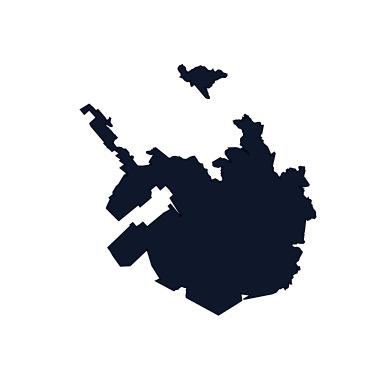 the district of San Juan Guichicovi, Oaxaca, Mexico, rotated 320°
{"feature_id": "50627088B47369730342586", "entity_name": "San Juan Guichicovi", "entity_type": "district", "adm_level": 2, "iso_a3": "MEX", "parent_name": "Mexico", "parent_adm1": "Oaxaca", "projection": "robinson", "projection_center": [-95.052, 17.105], "detail": "fine", "context": "isolated", "style": "filled", "palette": "ink", "viewbox_px": 384, "rotation_deg": 320, "n_neighbors": 0, "source": "geoboundaries", "source_scale": "gbopen_adm2", "svg_char_len": 6107}
<svg xmlns="http://www.w3.org/2000/svg" viewBox="0 0 384 384"><g transform="rotate(320 192 192)"><path d="M162.5,307.2L188.0,321.3L192.0,322.6L196.8,321.8L197.8,322.8L200.6,323.4L201.2,324.3L200.8,326.5L202.1,326.1L203.3,326.7L204.6,326.6L207.5,324.0L208.3,323.9L208.6,325.9L209.1,326.3L209.9,324.5L210.8,323.9L211.5,322.4L214.3,322.3L215.4,320.1L218.2,320.5L220.4,321.3L221.9,320.3L222.4,318.4L222.8,318.4L223.5,320.1L224.7,320.7L226.0,318.4L224.9,317.5L225.0,313.7L227.0,312.3L229.3,312.7L232.4,310.9L237.6,308.9L237.9,307.5L237.5,306.3L238.0,304.8L237.9,303.7L236.2,301.5L234.9,300.9L233.7,298.6L234.0,296.5L234.9,296.4L235.2,295.7L238.6,298.6L240.4,298.4L241.4,300.1L244.2,302.6L245.9,302.6L246.4,300.0L250.6,296.2L250.4,295.2L249.1,294.2L252.0,294.8L261.5,285.8L262.6,286.4L262.4,287.8L263.1,287.9L263.5,288.4L264.5,288.1L265.5,288.8L266.0,288.3L267.2,288.6L268.9,290.9L270.9,290.5L271.9,288.5L273.1,287.4L273.2,286.5L273.9,285.9L273.5,284.8L273.8,284.1L273.3,283.0L274.0,282.3L274.4,280.5L274.0,279.8L275.2,279.5L275.4,278.6L274.9,278.4L275.5,276.7L277.6,275.3L277.6,273.9L276.5,272.9L277.2,271.2L276.2,271.4L275.3,270.4L275.1,266.8L275.1,265.0L276.4,264.4L276.5,263.6L278.6,263.0L278.7,262.5L278.6,261.8L277.3,260.9L278.0,259.8L278.8,260.2L277.5,257.9L277.8,257.5L278.3,257.7L284.5,261.8L285.6,262.0L286.3,261.5L287.2,253.6L286.1,254.2L285.8,252.6L292.3,248.1L292.2,246.9L293.6,246.0L294.0,245.1L291.4,242.6L291.3,242.1L290.1,241.7L289.6,242.2L289.3,243.7L288.5,244.8L286.0,244.5L285.2,243.0L285.6,241.0L282.5,236.9L280.2,237.1L279.8,236.0L278.6,235.9L277.4,237.5L275.8,237.9L275.3,237.9L274.6,235.9L272.9,235.7L268.4,238.2L268.8,237.1L268.1,237.0L268.0,235.6L268.6,232.1L267.4,229.1L267.8,227.7L269.8,225.7L269.8,223.9L280.3,215.8L280.4,214.6L276.0,214.3L278.6,206.1L277.7,200.6L278.3,198.9L279.2,198.5L279.5,199.0L278.6,195.6L280.1,194.9L279.4,193.1L281.7,191.8L283.0,191.8L289.2,186.8L287.3,185.4L288.6,182.8L288.0,181.8L284.3,179.8L283.5,178.7L283.2,175.7L283.8,173.5L283.2,172.1L283.7,169.9L282.7,168.2L282.6,166.9L282.3,166.7L281.3,167.0L280.9,168.4L281.2,169.4L282.1,170.4L281.6,170.7L280.1,169.7L279.0,167.6L276.8,169.4L276.3,168.8L275.4,169.6L275.0,169.4L274.8,167.9L274.0,166.9L273.2,166.7L271.9,165.3L269.4,164.4L269.4,165.5L268.7,165.9L268.5,167.0L269.2,168.7L269.2,173.0L270.6,174.7L270.8,176.7L269.8,178.2L269.3,180.3L267.7,182.2L263.8,182.5L261.9,184.6L261.7,185.5L259.7,186.7L259.5,187.2L260.3,188.4L260.3,189.2L259.3,192.3L259.7,195.5L260.1,195.7L260.5,197.0L260.1,199.3L259.2,199.5L258.2,190.7L256.0,190.3L255.8,188.9L254.1,186.5L248.2,181.9L247.7,183.2L245.0,182.1L243.2,182.7L243.5,183.6L242.1,184.2L241.3,194.9L237.9,187.1L236.1,186.1L235.8,184.2L226.9,182.7L226.5,183.9L225.4,184.8L225.5,186.6L228.1,189.9L231.3,191.1L230.7,192.1L231.2,192.9L230.2,192.9L230.6,194.0L229.8,194.7L229.5,194.8L229.4,194.1L229.0,193.9L228.1,194.3L228.0,195.3L227.3,196.0L227.9,197.6L226.3,196.9L226.2,198.0L225.2,198.3L225.2,199.9L224.5,200.9L224.4,202.0L222.1,203.3L219.8,201.9L219.2,200.9L219.2,199.5L218.1,196.9L215.9,196.5L215.4,195.9L213.8,195.7L215.7,192.1L215.3,189.5L215.6,187.6L216.6,185.6L217.7,184.7L217.6,184.0L216.5,183.2L216.0,180.5L217.4,178.3L217.7,177.2L216.3,175.8L215.7,173.0L216.4,170.2L216.7,166.2L213.7,164.6L208.4,163.6L206.3,161.5L205.6,160.0L205.7,159.1L204.9,158.3L204.9,157.2L203.6,156.3L202.0,154.2L199.9,152.7L195.9,152.0L192.4,134.8L191.8,134.9L190.9,134.0L190.4,134.0L189.8,135.2L188.2,134.0L186.2,134.3L184.4,132.7L183.1,132.2L182.5,132.8L184.1,136.3L187.3,138.3L187.3,138.7L178.9,141.5L178.5,141.9L179.0,144.4L175.7,143.8L170.4,140.4L166.8,137.2L167.0,129.2L166.7,129.0L169.4,127.5L169.6,127.0L169.0,125.8L168.3,126.1L167.9,125.7L167.1,125.8L167.4,123.0L168.7,121.3L168.6,116.6L167.1,115.4L166.5,114.2L166.3,112.8L164.5,110.6L162.5,109.8L162.9,103.6L166.2,101.8L168.9,102.3L169.6,102.0L169.3,100.4L169.5,98.8L169.0,98.5L169.1,92.5L168.7,91.0L168.9,89.6L168.3,87.4L168.5,85.1L169.1,84.5L169.9,84.6L170.7,85.8L171.5,88.7L172.7,90.2L173.4,89.9L173.6,86.4L174.8,84.8L176.9,83.3L176.5,82.3L175.3,83.3L172.3,82.5L172.9,79.6L172.8,68.5L170.4,68.3L170.3,64.5L169.5,58.8L159.6,57.3L159.6,63.1L166.2,62.9L166.6,73.6L157.9,73.9L157.1,76.6L157.2,98.0L155.9,98.2L156.4,103.6L156.0,103.6L156.7,106.3L156.9,109.4L159.7,109.6L161.5,115.9L157.3,115.6L159.0,121.9L156.9,121.8L158.6,128.0L152.6,127.5L154.3,136.2L152.9,136.0L153.5,139.2L151.0,135.7L140.8,139.2L137.6,139.3L131.4,141.4L130.4,143.4L125.0,143.3L124.9,145.2L117.5,148.6L116.1,149.6L117.6,166.7L142.9,167.0L142.8,169.9L157.1,169.8L157.2,168.7L160.5,165.8L161.0,163.5L169.3,163.5L169.3,169.8L176.3,169.6L176.8,178.0L176.4,178.0L176.4,182.5L171.5,182.7L168.6,203.4L167.3,203.2L167.5,187.7L164.9,187.7L164.8,191.8L156.9,190.2L135.1,190.1L134.8,183.7L130.6,183.7L126.7,183.1L126.8,177.6L123.5,177.5L123.3,178.6L91.9,180.7L91.8,184.1L90.7,190.3L89.7,202.7L97.3,208.5L120.8,207.1L114.1,222.8L112.0,238.2L107.2,236.9L114.7,255.7L115.3,256.0L116.1,255.6L118.9,257.3L120.2,257.0L123.2,257.2L124.8,259.2L124.8,260.0L126.0,260.8L126.3,261.6L127.1,262.3L124.6,263.7L124.0,265.0L120.9,267.7L120.0,269.2L133.3,303.1L160.3,306.9L163.9,301.1L169.6,307.3L169.2,308.7L162.5,307.2ZM260.2,93.5L258.5,96.5L257.1,96.4L258.4,98.8L258.5,102.1L259.6,104.5L260.9,105.1L261.2,106.0L262.1,106.0L262.4,106.4L260.5,108.4L259.7,110.3L259.8,110.8L263.3,110.8L263.4,128.5L264.0,129.9L265.3,131.2L265.9,130.9L266.2,130.1L266.6,127.3L267.2,127.1L267.6,126.5L267.9,124.7L269.2,122.5L269.0,120.3L270.5,121.0L271.5,122.6L272.8,123.2L274.2,122.9L275.3,123.2L276.7,122.0L279.4,122.2L280.8,120.7L283.5,122.0L286.1,122.4L289.1,123.4L290.9,125.3L291.7,125.5L293.3,125.3L294.3,124.1L292.2,120.9L292.1,117.8L290.6,115.6L286.6,115.4L286.2,114.1L286.7,111.5L284.5,111.8L282.1,109.1L282.2,106.5L281.8,104.1L280.4,103.2L279.6,101.0L276.5,100.3L275.8,99.6L274.4,99.1L272.5,99.1L270.2,98.3L269.0,98.6L267.5,98.0L267.2,98.0L267.2,98.6L266.0,98.6L266.0,99.0L265.7,98.2L264.7,97.9L264.6,97.2L265.5,96.7L265.2,94.4L266.6,92.8L266.6,91.2L265.8,88.7L266.1,88.4L263.3,87.6L261.1,88.3L260.4,89.1L259.9,91.8L260.2,93.5Z" fill="#0f172a" stroke="#020617" stroke-width="1.5"/></g></svg>